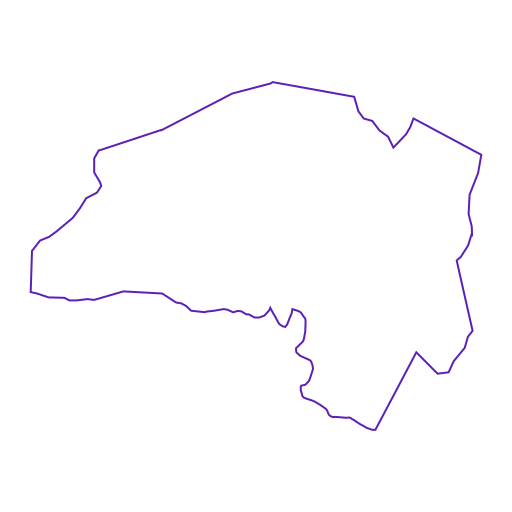 the district of Ferrand, Castries, Saint Lucia
{"feature_id": "8701671B90118791051051", "entity_name": "Ferrand", "entity_type": "district", "adm_level": 2, "iso_a3": "LCA", "parent_name": "Saint Lucia", "parent_adm1": "Castries", "projection": "robinson", "projection_center": [-60.984, 13.986], "detail": "fine", "context": "isolated", "style": "outline", "palette": "violet", "viewbox_px": 512, "rotation_deg": 0, "n_neighbors": 0, "source": "geoboundaries", "source_scale": "gbopen_adm2", "svg_char_len": 3618}
<svg xmlns="http://www.w3.org/2000/svg" viewBox="0 0 512 512"><path d="M205.0,312.2L205.5,312.0L206.3,311.6L212.7,310.9L214.3,310.7L223.7,309.1L227.5,309.7L227.9,309.9L233.1,312.3L237.9,310.9L241.5,311.4L245.6,313.9L246.3,314.3L248.7,314.3L250.8,315.5L254.5,317.5L259.1,317.5L263.1,316.1L264.3,315.7L265.5,314.4L269.3,310.2L270.0,308.6L270.3,307.9L273.1,313.2L273.5,313.8L274.7,315.7L276.8,319.7L278.9,323.5L279.8,324.4L280.3,324.8L282.9,326.4L285.3,326.9L286.3,325.6L287.1,324.6L287.4,323.9L289.1,319.4L291.7,313.2L291.9,311.7L292.4,309.1L293.3,309.3L294.1,309.8L294.6,309.9L295.2,310.0L296.5,310.4L297.3,310.7L297.9,311.0L298.4,311.1L299.4,311.6L299.8,311.8L300.7,312.4L301.6,313.5L302.2,314.5L302.9,315.5L303.4,316.2L304.6,317.8L305.1,318.5L305.5,319.6L305.5,321.0L305.6,322.7L305.5,323.8L305.5,324.8L305.5,325.5L305.5,326.2L305.4,326.9L305.4,327.9L305.3,328.9L305.3,330.0L305.3,331.3L305.1,332.4L304.9,333.8L304.7,334.4L304.5,335.4L304.5,335.8L304.4,336.5L304.2,337.4L304.0,338.5L303.6,339.7L303.4,340.4L303.2,340.9L303.1,341.1L302.9,341.5L297.9,346.4L296.9,347.4L296.7,347.6L296.1,348.1L296.0,349.2L296.1,350.1L296.2,350.6L296.2,351.2L296.3,352.0L296.9,352.8L298.5,354.3L299.5,355.2L299.8,355.4L300.1,355.7L300.6,356.0L309.7,360.1L310.3,360.5L310.7,361.0L310.9,361.3L311.0,361.6L311.4,362.2L311.7,363.0L311.9,363.5L312.2,364.4L312.5,365.2L312.8,367.3L313.0,369.1L310.4,377.1L309.5,379.7L309.3,380.0L309.1,380.6L308.4,381.5L307.8,382.1L307.5,382.6L305.6,384.4L305.1,384.8L304.0,385.1L303.6,385.2L302.7,385.3L301.6,385.6L301.0,385.9L300.8,386.8L300.7,387.1L300.7,387.9L300.8,388.9L300.7,390.0L300.9,390.8L301.0,391.2L301.5,392.4L301.7,393.4L302.1,394.7L302.2,395.5L302.8,396.7L303.5,397.2L304.0,397.7L305.0,398.0L305.7,398.4L306.3,398.6L307.0,398.9L308.6,399.3L309.2,399.5L309.5,399.7L310.4,400.0L311.4,400.2L312.6,400.7L313.5,401.1L313.9,401.3L314.9,401.7L316.0,402.3L317.1,403.0L318.0,403.5L319.0,404.2L319.9,404.7L320.4,405.0L320.9,405.4L321.7,405.9L322.2,406.2L323.7,407.4L324.3,407.7L325.0,408.2L325.4,408.5L325.9,408.9L326.5,409.6L326.9,410.2L327.1,410.5L327.8,412.2L328.1,413.0L328.3,413.6L328.8,414.5L329.3,415.1L329.9,415.6L330.3,415.9L330.6,416.2L331.1,416.4L331.4,416.6L332.7,417.0L333.8,417.0L335.4,416.9L346.6,417.8L347.1,417.7L349.1,417.5L349.9,417.7L350.8,418.1L351.0,418.3L352.0,419.0L352.6,419.3L353.4,419.8L353.8,420.0L354.1,420.1L355.0,420.8L355.7,421.2L356.2,421.6L357.4,422.4L358.3,422.9L359.2,423.6L360.0,424.1L361.3,424.8L362.3,425.3L363.2,425.8L363.4,426.0L364.2,426.4L365.4,427.1L366.5,427.8L367.6,428.2L368.3,428.4L368.6,428.5L369.8,428.9L370.9,429.4L371.5,429.6L371.9,429.6L372.8,429.9L373.0,429.9L374.3,429.8L375.4,429.8L396.5,389.9L416.3,352.3L431.8,367.9L437.6,373.7L440.7,373.3L448.6,372.3L452.1,364.8L453.7,361.2L464.7,347.9L465.9,343.8L467.9,336.8L470.8,333.1L472.6,330.8L467.7,309.3L460.7,278.3L459.1,271.2L456.7,260.4L461.0,256.7L464.0,251.9L468.1,245.5L469.9,239.7L471.5,234.7L471.7,234.8L472.0,235.0L471.9,230.0L471.7,226.2L471.4,225.0L468.6,214.1L469.6,194.7L478.1,173.0L481.3,154.8L413.5,118.5L413.3,119.0L410.3,127.0L406.1,134.2L393.4,147.6L388.1,136.7L379.6,130.6L372.2,120.9L363.7,118.5L358.4,111.3L354.2,96.8L272.6,82.1L271.7,82.7L270.8,83.4L232.3,93.5L161.3,130.3L161.1,130.0L99.3,150.4L98.8,150.3L94.2,158.4L94.2,172.5L100.1,182.3L101.2,186.0L96.9,192.7L86.2,198.2L79.7,208.6L72.8,217.8L56.7,231.3L49.2,236.8L40.1,240.5L32.0,250.9L30.7,292.1L37.0,293.5L48.6,297.4L64.4,297.8L69.3,300.4L76.8,300.4L87.4,299.1L94.1,299.9L123.4,291.4L162.2,293.5L176.1,302.5L181.3,303.4L186.2,306.0L191.1,310.7L192.7,310.9L205.0,312.2Z" fill="none" stroke="#5b21b6" stroke-width="2"/></svg>